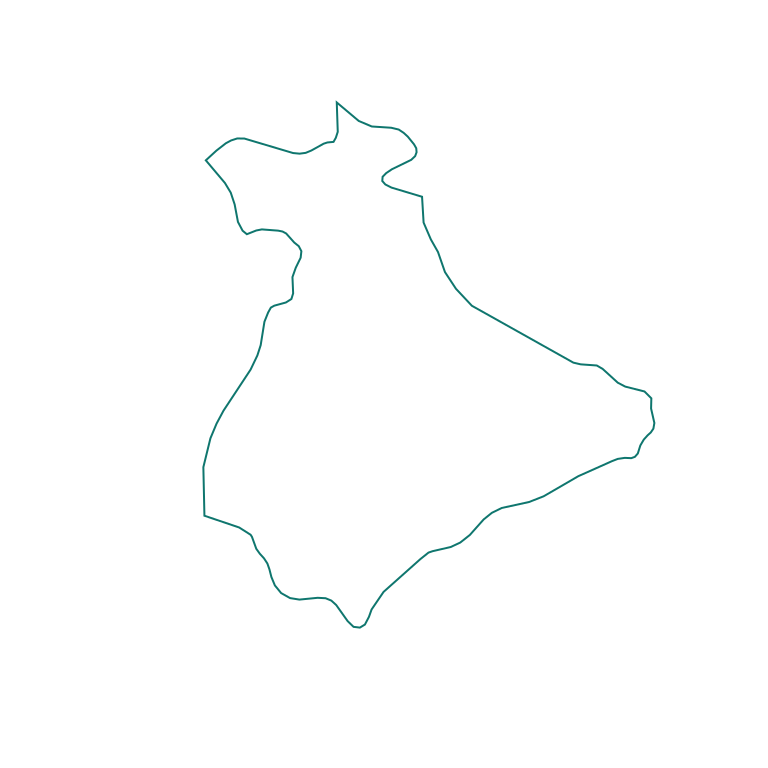 the border of Bouira, rotated 27°
{"feature_id": "DZA-2210", "entity_name": "Bouira", "entity_type": "Province", "adm_level": 1, "iso_a3": "DZA", "parent_name": "Algeria", "parent_adm1": "", "projection": "robinson", "projection_center": [3.808, 36.278], "detail": "fine", "context": "isolated", "style": "outline", "palette": "teal", "viewbox_px": 768, "rotation_deg": 27, "n_neighbors": 0, "source": "natural_earth", "source_scale": "10m", "svg_char_len": 1725}
<svg xmlns="http://www.w3.org/2000/svg" viewBox="0 0 768 768"><g transform="rotate(27 384 384)"><path d="M622.1,349.3L599.0,377.9L577.2,411.6L566.8,423.3L545.2,441.0L538.6,449.8L534.3,459.4L529.0,479.6L523.9,490.7L517.4,499.0L503.2,510.9L500.2,514.0L495.9,523.5L478.0,569.4L475.3,590.5L476.3,598.3L476.2,607.0L473.1,612.0L467.1,614.2L459.3,611.8L441.7,602.6L435.4,600.9L429.2,601.4L422.0,604.6L406.5,614.5L397.5,617.4L387.3,617.0L378.2,613.0L371.3,607.1L366.1,601.2L361.6,596.9L356.2,593.8L350.4,591.6L345.0,588.8L335.7,580.1L333.6,578.9L320.1,577.6L283.8,582.9L260.8,540.1L254.0,511.2L252.8,495.3L253.1,480.6L258.6,431.7L258.2,416.0L256.5,405.4L249.2,382.8L248.3,372.9L248.5,367.3L250.7,364.0L259.6,355.9L262.9,350.3L261.9,344.5L253.9,330.3L252.6,320.5L252.4,309.3L250.1,303.2L245.5,299.9L239.8,298.7L228.5,294.3L224.4,294.2L220.1,295.4L205.0,301.7L200.5,305.2L193.8,312.8L188.4,311.6L180.3,305.9L169.4,291.8L160.6,283.1L151.0,277.1L123.7,265.6L128.7,252.2L133.8,241.3L137.2,236.4L141.7,231.9L148.1,228.7L198.1,219.5L204.2,217.1L209.3,213.6L213.3,208.9L221.1,197.3L223.9,194.5L229.1,191.2L229.3,186.5L228.3,180.3L214.1,154.6L242.1,161.1L256.2,160.1L274.1,152.4L281.6,150.6L287.5,151.3L292.9,152.8L301.9,156.8L305.7,159.3L307.8,162.7L308.3,166.8L306.5,171.9L293.6,189.0L290.2,195.1L288.7,200.0L290.3,203.9L294.6,205.6L301.5,205.6L332.9,199.9L346.0,222.2L360.1,233.9L372.2,241.9L387.5,256.6L404.9,266.5L426.8,274.4L543.0,279.0L550.3,277.2L565.2,270.9L572.0,271.3L591.7,276.7L600.1,276.8L619.5,272.4L628.7,275.4L633.1,284.6L642.6,296.0L644.3,301.5L643.7,306.1L642.2,310.0L640.7,315.6L640.3,322.4L641.7,330.7L640.6,335.0L638.0,337.8L632.1,340.5L626.3,344.6L622.1,349.3Z" fill="none" stroke="#0f766e" stroke-width="2"/></g></svg>